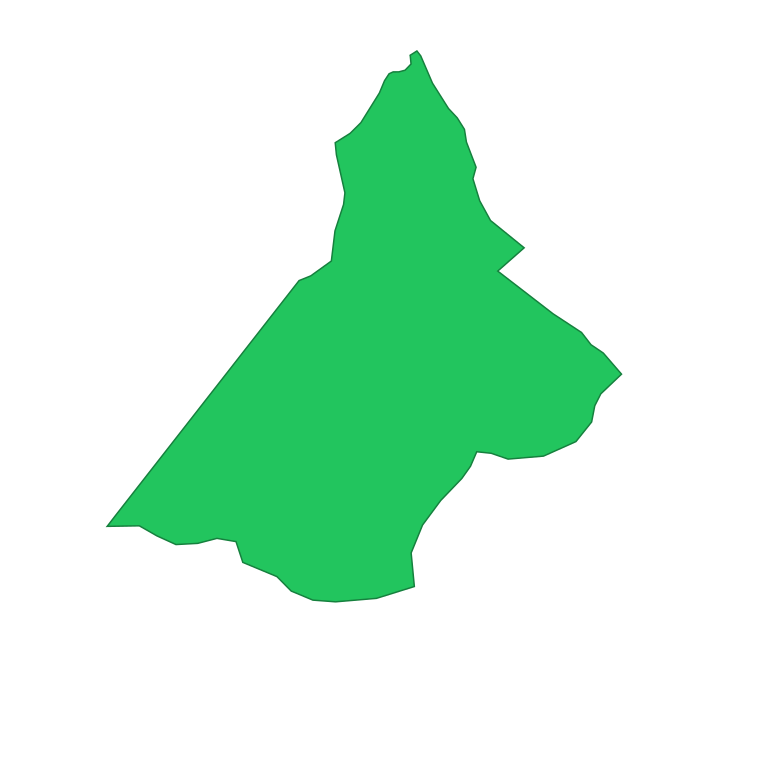 an SVG outline of Isingiro, rotated 128°
{"feature_id": "UGA-3370", "entity_name": "Isingiro", "entity_type": "County", "adm_level": 1, "iso_a3": "UGA", "parent_name": "Uganda", "parent_adm1": "", "projection": "natural_earth1", "projection_center": [30.796, -0.839], "detail": "fine", "context": "isolated", "style": "filled", "palette": "green", "viewbox_px": 768, "rotation_deg": 128, "n_neighbors": 0, "source": "natural_earth", "source_scale": "10m", "svg_char_len": 999}
<svg xmlns="http://www.w3.org/2000/svg" viewBox="0 0 768 768"><g transform="rotate(128 384 384)"><path d="M108.9,565.8L101.3,563.1L102.8,557.1L117.1,531.0L127.2,502.8L129.2,490.1L133.8,477.4L142.6,468.0L156.5,444.9L167.5,440.3L180.7,421.4L189.6,400.7L190.4,357.4L225.0,363.9L224.6,294.1L221.8,260.0L225.6,245.1L224.6,230.2L230.0,202.9L258.3,207.1L271.4,204.5L286.1,197.0L311.2,197.3L342.6,213.9L366.8,240.0L372.6,256.9L380.3,269.2L395.5,265.2L410.5,264.5L440.9,267.6L471.4,266.8L500.4,258.6L524.9,235.4L557.6,258.0L585.5,288.1L598.1,307.0L604.3,329.6L601.7,349.8L611.5,385.4L599.3,403.6L608.5,420.6L624.3,432.7L638.6,449.1L643.5,469.5L646.4,489.5L659.5,505.7L666.6,514.5L652.0,514.6L525.7,514.6L399.4,514.6L354.8,514.6L343.9,508.3L319.5,501.2L293.5,516.9L267.4,526.4L257.4,532.5L232.7,562.6L223.9,571.0L207.3,565.0L192.3,563.1L157.5,566.8L144.7,570.3L136.4,571.0L132.5,569.0L128.9,564.5L123.8,560.6L115.2,559.7L109.7,564.9L108.9,565.8Z" fill="#22c55e" stroke="#15803d" stroke-width="1.5"/></g></svg>